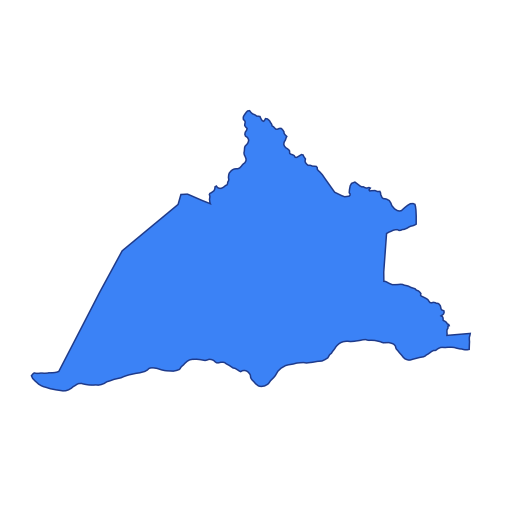 outline of Muquém do São Francisco, Bahia, Brazil, rotated 93°
{"feature_id": "56859067B68849060485807", "entity_name": "Muquém do São Francisco", "entity_type": "district", "adm_level": 2, "iso_a3": "BRA", "parent_name": "Brazil", "parent_adm1": "Bahia", "projection": "natural_earth1", "projection_center": [-43.521, -12.213], "detail": "fine", "context": "isolated", "style": "filled", "palette": "blue", "viewbox_px": 512, "rotation_deg": 93, "n_neighbors": 0, "source": "geoboundaries", "source_scale": "gbopen_adm2", "svg_char_len": 6082}
<svg xmlns="http://www.w3.org/2000/svg" viewBox="0 0 512 512"><g transform="rotate(93 256 256)"><path d="M215.8,97.7L207.8,98.1L201.7,98.7L198.3,99.3L196.1,100.0L195.4,101.9L195.7,104.6L197.5,107.3L199.8,109.9L203.1,113.2L203.6,115.2L203.2,117.4L201.6,120.2L198.6,123.0L196.1,124.1L193.7,125.8L192.4,128.5L192.1,130.1L192.0,131.9L191.1,133.2L189.6,133.9L188.2,134.7L186.5,134.9L185.0,135.7L185.3,137.9L184.4,140.7L184.6,142.4L184.7,143.9L185.1,145.8L184.1,146.6L182.2,145.4L181.7,146.8L182.4,148.9L182.1,150.7L181.3,152.3L181.4,154.1L180.6,155.8L178.6,158.7L177.0,161.1L178.5,164.4L181.0,165.6L184.6,166.1L186.8,166.2L188.0,166.2L189.2,165.2L190.4,165.3L191.4,166.2L192.2,170.6L191.2,173.7L188.2,180.8L174.8,191.4L171.4,194.0L168.6,196.8L167.6,198.1L166.3,199.3L164.5,199.5L163.4,200.5L163.3,202.3L163.3,204.3L162.6,206.4L162.7,208.8L161.6,210.2L160.1,211.5L158.7,212.0L156.5,211.7L155.1,212.8L153.9,213.7L152.7,214.2L152.3,215.9L153.4,217.5L154.6,219.3L155.4,220.5L155.4,222.0L153.8,223.1L153.0,224.7L152.5,226.6L151.8,227.7L150.5,227.9L149.3,228.0L148.3,228.8L147.2,230.3L146.4,231.8L144.9,233.3L143.1,234.1L141.7,234.0L140.4,233.7L139.0,232.9L137.9,232.5L136.3,232.1L135.0,231.5L134.0,232.7L133.0,233.7L131.9,234.4L130.5,234.6L129.1,235.6L127.9,236.7L127.2,237.7L127.4,239.5L128.3,241.3L128.3,242.8L127.1,244.2L126.0,245.3L125.2,246.8L124.0,247.1L122.9,247.7L121.9,248.6L120.7,249.2L119.5,250.4L118.5,251.8L118.3,253.7L119.6,254.3L121.1,255.4L120.6,256.8L119.3,257.8L117.8,258.7L116.5,259.3L116.3,260.9L116.3,262.6L115.3,264.0L114.7,265.5L114.2,266.9L112.9,268.6L111.2,270.0L111.6,272.0L112.8,273.1L114.9,274.5L116.3,275.3L117.3,275.8L118.7,276.0L120.4,275.7L121.2,274.7L122.1,274.0L123.3,273.8L124.8,274.1L126.3,274.1L127.8,273.0L129.0,271.6L130.8,271.9L132.9,273.2L135.0,273.5L136.8,272.8L138.1,270.7L140.0,269.6L141.1,269.4L142.8,269.8L144.1,270.3L145.7,271.6L146.7,272.5L147.9,273.0L149.5,273.1L150.7,273.1L152.1,273.2L153.7,273.4L155.5,273.0L157.3,272.0L159.6,271.0L161.3,271.0L162.5,271.5L163.6,272.1L164.7,273.5L166.0,274.6L167.1,275.3L169.0,277.0L169.8,278.8L169.9,280.4L170.3,282.4L171.2,284.1L172.6,285.6L174.7,287.1L176.4,287.5L178.1,287.6L179.3,287.6L180.9,287.2L182.4,287.4L183.7,288.1L185.4,288.2L186.6,288.8L187.2,290.1L188.1,291.0L189.2,292.3L190.3,294.4L190.3,296.5L189.6,298.1L188.2,299.2L189.0,300.5L191.3,300.7L192.9,301.3L193.9,302.4L195.3,304.2L195.9,305.3L197.1,305.8L198.6,305.2L200.0,305.2L201.9,305.4L203.4,305.1L204.8,304.9L206.2,304.3L203.3,312.9L198.9,324.6L197.8,327.7L198.5,334.2L208.6,336.5L257.8,389.9L300.8,410.4L317.5,417.9L350.5,432.8L381.6,446.9L382.4,448.8L382.9,450.8L383.2,452.8L383.4,455.1L383.5,456.8L383.9,458.4L384.2,461.4L384.1,463.6L384.2,465.0L384.5,466.5L384.7,468.7L384.6,470.0L384.4,471.4L385.4,472.6L387.3,474.0L390.0,472.6L392.7,469.7L393.4,468.7L394.4,467.5L395.4,466.3L396.0,465.1L396.8,463.6L397.6,461.4L398.2,458.6L399.3,454.5L400.1,448.8L400.5,444.6L400.8,441.7L400.5,438.9L399.4,436.1L397.7,433.5L396.1,431.8L394.6,429.5L393.5,428.1L392.7,426.5L392.4,423.7L392.8,421.9L393.2,419.2L393.5,416.1L393.5,414.0L393.4,411.4L393.1,409.4L393.2,406.7L392.5,403.9L391.2,400.9L389.4,398.4L388.3,395.3L386.6,391.3L385.2,386.4L384.7,384.5L383.4,381.9L382.1,378.7L381.3,376.5L380.9,375.0L379.5,369.9L378.7,365.9L377.1,361.0L375.5,358.5L373.9,357.0L373.3,355.4L373.1,353.9L373.1,352.3L373.4,349.1L374.7,344.1L375.2,341.1L375.3,339.0L375.3,332.5L374.4,329.2L373.3,326.6L372.3,325.8L371.2,325.3L369.9,324.2L368.5,322.7L367.1,321.6L364.7,319.2L363.2,316.9L362.5,314.1L362.2,309.9L362.4,306.1L363.0,301.4L362.5,299.6L361.6,297.4L361.7,295.4L362.1,293.8L362.8,292.4L363.8,291.3L364.7,289.8L364.7,288.1L364.0,285.7L363.8,283.4L364.1,281.7L365.2,280.1L366.6,277.1L369.0,273.1L369.3,271.0L370.8,268.2L371.5,267.1L372.3,265.3L371.2,263.5L370.9,261.6L371.2,259.6L372.3,257.8L374.2,256.0L375.3,255.4L377.5,255.0L378.6,254.5L380.1,253.3L381.6,251.6L383.6,249.7L385.6,246.8L385.9,245.5L386.0,243.8L385.3,240.6L383.7,238.0L382.9,237.0L381.9,236.3L379.8,235.0L376.5,232.0L374.5,230.5L369.9,228.1L366.7,225.1L363.9,220.8L363.0,218.1L361.9,213.1L360.8,209.8L360.3,206.5L359.9,203.0L360.2,200.0L359.8,197.9L359.3,194.7L358.8,192.4L358.0,189.1L357.7,186.7L357.4,184.6L355.9,181.8L354.0,179.0L352.5,178.2L351.0,177.5L350.1,176.7L349.2,175.6L347.5,174.7L345.7,173.4L344.2,172.4L342.7,171.6L341.1,170.4L339.3,168.6L338.0,166.7L337.0,164.4L336.5,161.8L336.3,160.4L336.5,157.1L336.0,153.4L335.5,151.1L335.2,149.4L334.8,147.5L334.1,145.1L333.9,143.8L333.7,141.9L334.1,140.7L334.3,138.9L334.1,136.7L334.1,133.1L334.5,130.6L335.1,127.2L335.6,126.0L336.0,124.3L335.5,118.9L335.8,117.3L336.3,115.3L336.8,114.0L337.6,113.0L338.8,112.0L340.4,111.6L341.7,110.9L342.9,109.6L345.1,107.7L347.5,105.3L349.4,103.7L350.9,101.9L351.6,99.8L351.9,98.3L351.8,96.5L350.8,93.8L349.8,90.6L348.7,87.1L347.9,83.5L347.0,81.8L345.8,80.6L345.1,79.3L343.6,77.4L342.1,75.6L341.0,73.6L341.0,72.2L340.4,71.0L339.5,70.1L338.6,68.7L337.7,66.9L337.5,65.3L337.5,62.1L337.2,60.5L337.0,58.4L336.9,56.5L336.9,55.0L337.0,53.1L337.5,51.1L338.1,47.5L338.1,45.8L338.5,44.1L338.7,42.6L338.6,40.1L338.1,38.2L332.7,38.3L330.5,38.3L328.2,38.6L325.9,38.7L324.4,38.3L322.1,38.0L325.3,61.2L323.7,61.1L321.8,61.4L319.7,61.4L317.9,60.5L316.0,60.7L315.5,59.4L314.3,60.0L313.8,61.4L312.3,62.4L311.3,63.9L310.5,65.7L308.0,66.0L306.7,66.7L306.1,68.1L304.8,66.4L303.9,65.6L302.3,65.2L300.9,65.5L300.2,67.6L298.9,68.6L297.7,68.8L296.1,69.3L294.6,70.5L293.8,71.8L293.8,73.4L293.2,74.7L293.0,76.6L293.6,78.2L293.4,79.8L292.1,81.0L290.9,81.8L290.1,82.8L289.3,84.3L287.9,87.5L287.5,88.7L286.6,89.6L284.8,89.4L283.2,90.9L282.3,92.1L281.7,94.1L280.4,95.4L279.6,98.4L279.2,99.8L278.6,101.1L278.1,102.3L277.7,104.2L277.4,106.3L276.7,108.3L276.7,110.4L277.1,112.9L277.3,115.0L277.4,116.4L277.5,118.4L276.8,120.4L276.1,122.2L275.1,124.2L274.6,125.7L274.6,127.0L265.3,127.6L226.7,126.8L225.2,124.5L224.4,122.7L223.1,120.3L222.5,118.3L222.3,116.2L223.0,114.4L222.7,112.7L222.0,111.5L221.6,109.3L220.2,106.4L219.2,105.0L218.2,103.2L217.5,100.8L216.7,99.1L215.8,97.7Z" fill="#3b82f6" stroke="#1e3a8a" stroke-width="1.5"/></g></svg>